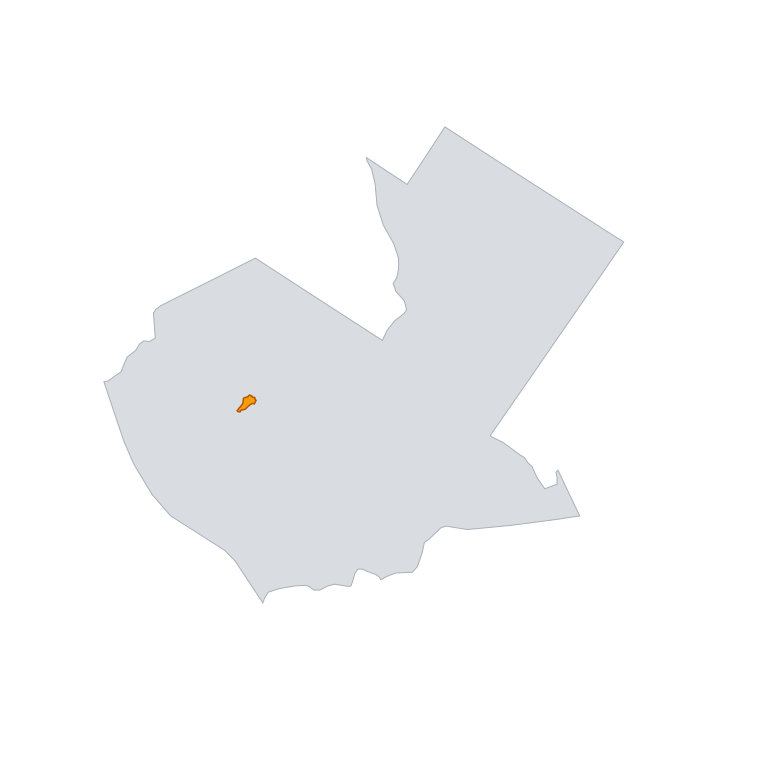 Santa Cruz del Quiché, Quiché, Guatemala shown in context, rotated 33°
{"feature_id": "79465075B15247969306160", "entity_name": "Santa Cruz del Quiché", "entity_type": "district", "adm_level": 2, "iso_a3": "GTM", "parent_name": "Guatemala", "parent_adm1": "Quiché", "projection": "orthographic", "projection_center": [-91.122, 15.026], "detail": "fine", "context": "in_parent", "style": "filled", "palette": "amber", "viewbox_px": 768, "rotation_deg": 33, "n_neighbors": 0, "source": "geoboundaries", "source_scale": "gbopen_adm2", "svg_char_len": 2632}
<svg xmlns="http://www.w3.org/2000/svg" viewBox="0 0 768 768"><g transform="rotate(33 384 384)"><path d="M147.9,534.7L151.0,531.6L153.7,524.4L156.9,516.9L155.0,508.3L153.9,501.3L157.5,491.2L157.2,483.6L158.9,478.9L164.3,475.9L167.2,470.1L152.0,450.1L152.0,445.5L154.1,439.9L166.5,418.6L181.4,393.3L197.7,365.3L207.5,348.5L243.0,348.5L266.5,348.5L296.4,348.5L328.9,348.4L350.2,348.4L358.9,348.2L357.4,337.2L358.5,325.1L362.4,314.1L362.4,309.2L356.0,303.3L343.7,299.9L336.9,294.7L336.8,288.0L333.8,280.0L327.8,270.6L315.5,260.9L296.8,251.1L280.8,237.9L267.7,221.2L256.6,210.5L248.1,206.0L246.1,203.7L271.1,203.9L294.7,204.1L294.9,180.3L295.0,159.1L295.1,135.2L337.9,135.2L388.9,135.1L441.8,134.8L483.4,134.6L507.8,134.4L507.0,164.0L506.1,198.4L505.4,223.6L504.4,257.3L503.5,291.8L502.1,338.8L501.2,369.1L501.8,369.8L515.8,368.2L536.5,369.4L541.6,369.2L548.0,371.8L552.9,372.5L563.5,379.3L575.9,384.3L583.7,373.8L579.5,367.5L576.3,364.4L576.8,361.5L620.1,388.1L615.1,392.3L604.2,402.1L584.6,418.8L567.0,433.8L550.0,447.3L534.6,459.5L532.8,460.8L513.3,469.5L510.1,473.5L506.0,490.6L504.1,494.8L507.8,504.3L511.4,518.8L510.4,526.5L496.8,536.0L490.7,544.5L488.0,550.0L485.5,548.6L481.3,548.2L471.6,550.4L466.9,550.9L463.0,553.4L462.7,558.6L465.3,567.1L466.3,571.5L463.5,573.6L451.6,578.8L446.9,583.9L442.4,591.8L437.2,595.1L431.7,594.5L427.8,595.7L419.6,601.6L407.1,613.1L400.4,621.6L400.3,627.9L401.6,633.6L356.0,613.7L340.8,610.3L276.8,610.8L249.4,602.9L218.1,587.6L197.0,573.7L147.9,534.7Z" fill="#d9dde1" stroke="#a8b0b8" stroke-width="1"/><path d="M286.1,471.3L286.1,470.7L286.0,470.0L285.9,469.6L285.7,468.4L285.6,468.2L285.6,467.4L285.4,467.4L284.8,467.2L284.2,466.9L283.8,466.6L283.3,465.9L283.1,465.8L282.9,465.8L282.5,465.9L282.1,466.0L281.7,466.2L281.5,466.4L281.4,466.5L281.0,466.5L280.4,466.3L280.1,466.2L279.6,466.2L278.5,466.2L277.8,466.3L277.3,466.6L277.0,466.9L276.9,467.6L276.8,468.7L276.5,468.9L276.4,469.4L276.2,469.6L275.9,469.9L275.0,470.9L274.8,471.1L274.5,471.5L274.2,471.8L274.1,472.2L274.1,472.8L274.2,473.2L274.7,473.9L275.0,474.8L275.2,475.2L275.4,475.5L275.7,476.0L276.1,477.1L276.3,477.8L276.0,479.2L276.0,479.9L276.0,481.2L276.0,481.5L275.8,481.9L275.6,483.1L275.5,485.0L275.5,485.5L275.2,486.2L275.7,486.5L276.0,486.6L276.8,486.6L277.8,486.2L278.5,485.7L278.5,485.3L278.3,485.0L278.3,484.7L278.3,484.3L278.6,483.8L278.7,483.6L279.4,482.8L281.1,481.0L281.3,480.7L281.6,480.0L281.7,479.2L282.1,477.2L282.4,476.4L282.7,475.2L283.2,473.8L283.4,473.5L283.5,473.3L283.7,473.0L283.9,472.5L284.3,472.2L284.8,471.7L285.4,471.4L285.7,471.4L286.1,471.3Z" fill="#f59e0b" stroke="#b45309" stroke-width="1.5"/></g></svg>